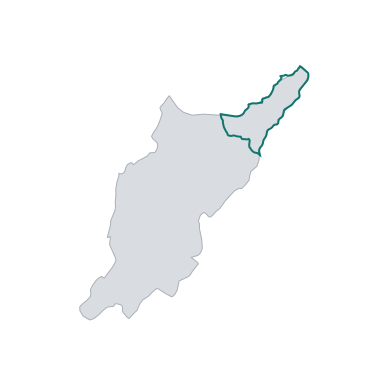 where Abkhazia sits in Georgia, rotated 108°
{"feature_id": "GEO-3015", "entity_name": "Abkhazia", "entity_type": "Autonomous Republic", "adm_level": 1, "iso_a3": "GEO", "parent_name": "Georgia", "parent_adm1": "", "projection": "orthographic", "projection_center": [41.203, 42.991], "detail": "fine", "context": "in_parent", "style": "outline", "palette": "teal", "viewbox_px": 384, "rotation_deg": 108, "n_neighbors": 0, "source": "natural_earth", "source_scale": "10m", "svg_char_len": 3877}
<svg xmlns="http://www.w3.org/2000/svg" viewBox="0 0 384 384"><g transform="rotate(108 192 192)"><path d="M196.8,267.2L196.8,266.0L196.4,264.2L194.9,263.0L192.9,262.2L189.2,262.6L185.8,261.8L183.3,259.6L182.8,257.9L184.1,256.4L183.1,255.3L178.8,252.6L171.7,245.7L167.8,244.2L166.1,239.9L164.6,239.0L161.3,238.6L157.8,239.1L157.1,239.6L156.0,240.3L153.4,245.8L151.5,247.7L146.8,246.9L142.9,245.7L139.7,245.0L133.6,244.6L126.6,244.6L121.9,248.5L119.9,248.0L116.3,246.2L110.5,244.6L107.5,243.4L116.2,231.8L118.8,224.9L118.9,220.8L118.9,215.6L114.3,204.7L110.4,189.3L106.3,173.3L103.1,168.5L90.0,163.0L87.0,156.7L76.9,148.5L63.0,144.9L60.2,143.3L48.2,133.0L38.8,126.3L40.9,122.3L43.6,118.1L46.6,117.2L55.1,118.9L62.9,120.9L68.7,119.6L75.5,122.9L81.7,126.8L88.0,129.4L100.3,132.0L104.9,135.5L110.3,138.9L131.3,140.6L133.0,140.0L134.5,139.5L141.5,138.1L147.7,138.3L154.4,142.4L158.6,142.1L163.1,141.4L168.9,143.5L173.5,146.0L174.0,148.5L178.0,152.1L189.8,157.5L199.3,160.5L202.3,162.7L209.6,166.2L210.4,167.3L210.2,168.9L208.3,171.7L207.8,174.2L208.9,175.6L211.9,176.9L217.8,177.0L219.9,175.1L224.3,173.7L228.6,171.3L234.3,168.0L242.1,164.9L245.3,164.8L248.4,165.5L250.6,167.0L254.4,172.5L257.6,164.4L258.5,163.8L261.9,165.2L267.7,167.2L271.8,168.2L274.0,169.7L280.5,176.7L290.3,175.8L294.6,176.7L296.9,177.8L298.0,179.1L296.6,186.4L294.5,194.1L294.8,195.9L299.0,198.5L304.5,201.2L307.6,203.5L309.7,205.5L314.1,206.9L319.2,207.6L321.6,207.6L324.2,209.3L331.0,212.3L331.8,213.1L330.9,215.3L328.5,219.5L326.5,221.6L324.2,222.1L322.0,223.1L321.3,225.3L321.4,228.1L321.9,230.0L322.5,230.7L324.9,231.2L327.6,236.9L331.4,239.6L337.3,242.6L342.5,246.0L345.2,249.4L344.9,251.9L343.6,257.3L339.6,261.9L336.2,263.2L334.9,262.9L332.5,261.7L327.7,258.6L322.5,256.2L318.7,257.3L316.2,258.5L311.1,257.6L305.0,255.6L301.8,253.5L300.3,251.9L301.1,248.9L287.4,244.2L280.8,243.0L277.9,244.8L268.4,253.3L267.3,254.2L259.7,255.7L259.7,256.3L261.5,258.0L261.2,258.5L248.5,259.3L244.3,260.5L232.9,259.5L229.2,260.3L226.1,261.7L218.4,263.4L213.1,265.3L206.2,266.4L199.2,266.6L196.8,267.2Z" fill="#d9dde1" stroke="#a8b0b8" stroke-width="1"/><path d="M47.2,116.8L50.2,116.8L61.2,121.1L62.9,121.3L64.3,120.9L67.2,119.4L68.9,119.3L70.1,119.9L70.5,120.3L72.8,122.0L77.3,123.6L78.8,124.4L84.8,129.4L86.2,129.7L90.9,129.1L92.4,129.4L93.8,130.2L95.2,131.3L96.7,132.0L99.9,131.3L101.3,131.9L101.7,132.5L102.3,133.9L102.8,134.5L103.4,135.0L105.7,135.8L106.9,136.5L108.9,138.5L110.1,139.2L111.8,139.3L115.0,138.8L116.7,139.0L119.6,139.8L121.0,140.0L124.1,139.6L125.4,139.7L126.7,140.0L128.1,140.7L129.5,141.1L131.0,141.2L132.4,140.9L135.9,138.8L135.3,140.3L134.8,141.9L135.0,143.7L135.1,145.4L134.4,147.1L133.6,148.6L132.5,149.8L131.7,151.2L129.4,152.2L125.0,153.1L124.7,153.5L124.0,154.5L124.8,155.5L125.2,156.8L125.4,158.2L125.5,158.4L125.9,159.5L126.1,160.8L125.4,161.8L124.9,162.2L124.4,162.7L124.4,163.3L124.7,163.9L125.2,166.7L125.2,168.3L125.3,169.8L126.6,172.0L126.8,173.4L127.0,174.6L126.6,175.7L125.8,176.2L124.8,177.0L124.1,178.1L120.5,181.7L116.6,184.0L114.3,184.8L113.7,185.6L112.7,186.8L111.0,187.9L110.4,188.2L109.4,188.7L109.1,188.8L106.8,174.5L106.0,172.0L104.8,170.0L103.3,168.4L101.5,167.3L98.1,166.7L97.3,166.3L96.6,165.6L95.5,165.0L94.4,164.6L93.5,164.4L92.9,164.6L92.0,165.1L91.5,165.3L91.0,165.0L88.9,161.8L87.9,158.1L86.1,154.8L85.3,153.0L84.2,153.1L82.4,153.9L81.3,153.5L79.9,151.4L79.2,150.9L79.2,150.6L78.1,148.8L77.8,148.5L74.5,147.2L70.1,146.6L68.0,146.7L66.5,147.0L66.0,147.1L65.4,146.9L64.6,146.0L64.1,145.8L63.9,145.6L63.2,144.8L62.8,144.5L62.3,144.3L60.9,144.1L57.3,142.3L55.7,142.1L54.5,143.6L54.1,143.1L53.4,141.4L53.0,140.6L52.0,139.6L51.6,138.9L51.8,137.0L51.1,135.2L50.1,133.5L49.4,132.6L48.1,131.9L45.6,131.2L44.2,129.7L43.6,129.4L41.5,129.0L40.2,128.4L39.1,128.2L39.3,127.1L42.5,119.2L43.1,118.3L44.2,117.6L47.2,116.8Z" fill="none" stroke="#0f766e" stroke-width="2"/></g></svg>